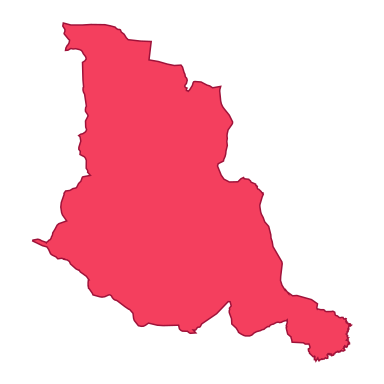 outline of Agona West Municipal, Central, Ghana
{"feature_id": "2480657B39435178884870", "entity_name": "Agona West Municipal", "entity_type": "district", "adm_level": 2, "iso_a3": "GHA", "parent_name": "Ghana", "parent_adm1": "Central", "projection": "albers", "projection_center": [-0.776, 5.629], "detail": "fine", "context": "isolated", "style": "filled", "palette": "rose", "viewbox_px": 384, "rotation_deg": 0, "n_neighbors": 0, "source": "geoboundaries", "source_scale": "gbopen_adm2", "svg_char_len": 5928}
<svg xmlns="http://www.w3.org/2000/svg" viewBox="0 0 384 384"><path d="M195.8,332.9L193.2,330.0L195.2,330.1L195.8,329.8L197.4,327.5L198.0,327.2L199.5,327.1L200.2,326.7L201.7,323.9L216.6,313.7L228.2,301.6L230.1,301.7L231.2,305.9L229.4,308.2L229.7,309.4L229.2,310.9L229.3,312.7L231.5,318.7L231.8,324.0L236.2,328.1L238.0,331.0L238.5,332.3L240.5,333.7L243.7,335.4L245.4,335.9L249.7,335.9L251.9,335.0L254.2,332.9L256.7,331.6L260.5,330.6L261.9,329.8L264.0,329.3L265.3,328.1L267.8,326.5L269.1,326.7L270.3,325.1L272.3,324.3L273.4,324.1L276.1,322.6L277.6,322.2L278.6,322.2L279.6,322.6L281.4,322.3L283.1,321.3L284.1,321.1L284.9,320.6L286.0,320.8L287.2,319.8L287.3,322.3L286.2,325.9L286.7,326.4L286.7,327.0L286.3,327.3L286.2,327.7L286.6,329.7L287.7,334.1L291.1,337.0L291.0,337.6L291.7,339.7L292.1,342.2L303.5,342.8L304.9,343.9L305.6,344.1L309.0,344.0L310.1,347.2L309.5,348.5L309.3,348.7L308.8,348.6L308.3,349.0L308.6,351.1L309.5,352.2L309.5,353.2L313.2,356.8L314.5,356.2L314.8,356.4L314.9,357.1L314.5,357.7L314.6,358.1L314.3,358.8L314.9,359.3L314.6,359.7L315.6,360.0L315.9,361.0L317.8,358.0L318.3,359.6L319.1,359.9L318.8,360.5L319.0,360.8L319.9,359.7L320.9,359.6L321.6,358.9L322.0,358.9L322.3,359.3L323.0,359.0L324.0,359.1L325.4,357.8L326.3,358.4L327.7,358.2L327.9,356.0L327.1,355.0L328.0,354.5L327.9,353.8L328.1,353.6L329.0,353.6L328.9,354.1L329.2,354.3L329.9,354.0L329.8,354.7L330.7,354.8L331.3,354.2L331.6,354.7L331.3,355.5L331.5,355.7L333.5,355.1L333.5,354.1L334.6,353.9L335.2,352.8L336.1,352.1L336.8,352.2L337.4,351.9L337.5,351.4L338.5,351.5L338.8,352.2L339.1,352.1L339.5,351.8L340.2,351.7L340.4,350.8L341.1,350.9L341.4,350.4L341.9,350.9L343.5,351.0L344.9,350.0L344.0,348.8L343.3,348.4L343.5,348.1L344.0,348.1L344.9,347.3L344.7,347.1L344.1,347.2L344.0,346.7L344.5,346.5L344.7,345.8L346.7,347.2L346.8,346.9L346.5,346.5L347.3,346.4L347.5,345.3L347.9,344.5L348.7,344.4L348.7,344.0L348.3,344.0L348.3,343.4L348.1,343.2L349.5,343.6L349.5,342.9L348.9,342.3L348.5,342.4L348.6,341.5L348.3,341.5L348.2,340.8L346.4,340.2L347.5,338.9L348.0,339.0L347.8,338.5L348.3,337.9L347.9,337.9L347.2,336.7L347.2,336.4L347.6,336.2L347.6,335.7L347.2,335.7L346.9,334.6L346.3,334.1L346.8,333.9L347.1,333.2L347.2,331.5L347.5,331.4L347.6,331.8L347.9,331.8L348.2,331.1L347.9,330.2L348.0,329.1L348.6,329.6L348.9,329.1L348.6,327.7L349.0,325.4L349.4,325.2L349.7,326.0L350.3,326.1L351.3,325.2L350.3,325.0L350.6,324.5L350.4,324.0L350.1,323.9L349.9,324.4L349.4,324.6L349.2,323.8L348.1,323.9L347.9,323.1L346.4,322.8L346.3,322.3L346.9,321.9L345.9,321.2L346.3,320.6L345.8,319.2L346.1,318.7L345.6,318.5L344.7,319.0L343.7,318.8L343.0,317.4L341.3,317.4L340.7,317.7L339.2,317.5L337.4,315.9L335.9,315.5L335.2,314.9L334.7,312.2L332.9,311.2L331.5,311.5L326.2,311.6L324.9,311.0L324.5,310.2L323.5,309.7L320.8,309.7L317.5,308.9L317.3,309.1L316.8,307.8L317.5,303.8L311.5,299.6L296.9,295.5L292.6,295.8L288.3,292.7L288.4,293.4L285.4,289.6L285.1,290.2L282.0,285.2L280.5,280.5L280.7,276.3L282.2,263.8L281.9,261.9L273.0,246.6L272.2,241.7L271.0,238.0L270.8,234.8L268.7,226.4L264.7,221.8L263.2,217.6L261.4,214.2L260.7,212.0L259.9,207.0L259.8,205.0L262.2,196.8L263.3,194.3L263.3,194.0L262.6,193.7L262.9,192.9L261.8,192.6L261.2,191.6L258.8,189.3L258.0,189.1L257.5,188.6L257.0,186.9L257.3,186.6L256.6,185.6L255.9,185.6L255.6,184.1L251.1,182.2L250.4,180.8L249.3,180.0L248.8,179.3L244.6,178.8L244.1,178.6L243.6,177.5L241.0,178.7L237.9,181.8L229.4,182.0L224.0,179.2L221.2,175.2L217.5,166.0L218.2,163.7L223.5,161.0L223.7,159.6L225.1,156.4L225.7,154.0L226.0,150.9L227.3,145.5L226.8,141.3L227.3,138.5L227.0,135.9L227.2,133.8L228.1,129.9L232.0,124.3L232.5,123.3L232.6,121.9L229.3,115.2L224.0,108.6L222.6,106.6L221.4,104.0L220.7,101.1L219.7,91.2L219.8,89.6L220.7,86.4L212.6,87.8L209.7,85.9L207.0,85.1L201.1,82.0L194.9,81.5L193.7,81.8L193.1,82.8L192.4,85.4L189.7,89.8L188.2,91.3L187.8,90.8L186.4,90.5L186.5,88.9L187.0,88.1L185.4,87.5L184.7,86.1L185.1,85.1L186.4,83.5L187.2,80.2L186.7,78.3L185.3,76.7L184.9,74.2L184.1,72.6L182.5,67.1L181.0,65.1L174.3,65.5L167.3,64.1L158.3,61.5L149.0,59.9L151.2,41.5L140.7,41.1L128.2,39.7L126.3,37.8L124.1,34.2L121.3,32.1L120.4,29.9L119.7,29.5L117.8,29.4L116.3,28.4L115.1,27.1L110.2,25.8L104.9,24.7L90.9,24.5L82.5,25.0L70.8,25.0L63.3,23.0L62.8,26.1L64.9,29.4L64.9,31.3L64.1,33.3L64.2,33.9L68.5,39.2L69.6,40.1L69.1,42.8L68.0,44.8L67.2,45.5L65.9,48.0L65.5,50.4L67.9,50.2L70.9,48.5L73.0,49.0L75.7,48.7L79.9,49.7L81.4,50.5L82.3,51.6L83.3,53.7L85.7,56.8L86.2,59.0L84.8,60.9L82.5,62.4L83.0,80.2L83.6,87.0L83.1,87.7L83.0,90.0L83.5,92.1L84.6,94.2L86.4,106.3L85.7,107.4L85.4,109.7L85.5,111.4L87.5,114.4L88.1,115.9L85.5,121.0L85.7,127.1L86.6,129.6L86.0,131.1L85.3,132.0L82.8,133.7L80.7,134.2L78.7,135.6L79.6,136.3L80.1,137.0L80.8,141.1L78.9,147.2L78.8,149.3L80.3,151.4L80.0,154.5L84.4,156.8L85.4,158.1L86.3,160.3L86.2,168.3L87.6,170.4L87.8,171.6L87.6,172.2L90.4,175.4L82.9,176.8L82.3,177.3L80.9,181.2L78.6,183.5L76.7,187.3L75.8,188.0L72.9,188.6L70.0,190.4L65.6,191.0L64.0,193.3L64.1,194.4L61.3,202.5L60.8,207.1L61.6,212.6L62.5,215.0L66.7,220.9L58.8,223.7L57.1,225.2L54.9,229.4L52.8,232.8L52.4,235.2L51.4,237.0L51.1,238.3L50.1,239.7L48.8,240.3L47.7,241.6L46.8,242.1L46.3,242.9L45.7,242.2L41.7,240.8L39.8,239.7L37.8,239.2L32.9,240.1L32.7,241.0L42.5,245.7L46.9,246.9L48.6,249.4L50.6,253.8L52.1,255.0L56.0,256.9L57.8,258.8L61.6,258.3L64.2,258.9L63.9,259.3L67.3,260.0L69.4,261.5L70.5,264.0L76.0,268.9L78.7,270.2L79.0,270.0L80.4,272.0L86.4,276.3L88.9,279.8L88.4,279.8L88.1,282.6L88.1,285.8L88.3,285.8L88.5,288.2L89.4,289.0L92.4,293.4L93.0,294.9L99.9,296.8L102.0,297.1L104.8,296.7L108.6,295.0L109.8,294.8L111.4,295.8L112.3,297.6L113.7,299.2L115.2,300.1L116.1,300.2L117.3,300.8L124.9,306.6L128.7,309.2L129.6,309.4L133.0,313.3L133.6,318.4L134.3,320.5L138.4,325.7L141.2,326.3L143.5,326.2L145.5,325.2L148.5,323.1L157.3,325.2L163.3,325.6L178.6,325.2L179.4,328.9L180.8,330.3L182.3,331.1L187.5,331.3L188.7,332.4L190.2,333.3L195.8,332.9Z" fill="#f43f5e" stroke="#9f1239" stroke-width="1.5"/></svg>